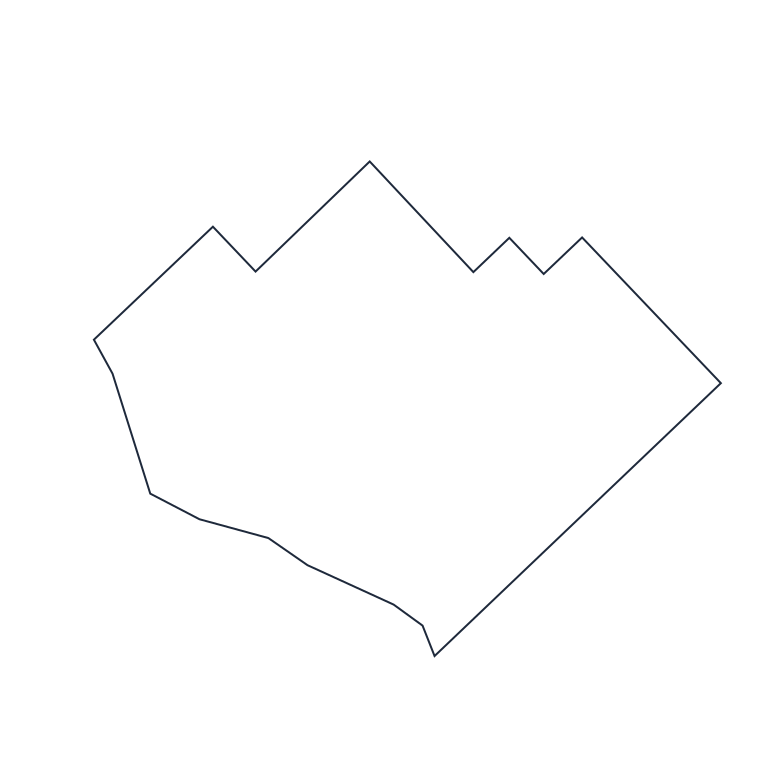 Scott, Illinois, United States of America (Robinson projection), rotated 316°
{"feature_id": "52423323B93785778655007", "entity_name": "Scott", "entity_type": "district", "adm_level": 2, "iso_a3": "USA", "parent_name": "United States of America", "parent_adm1": "Illinois", "projection": "robinson", "projection_center": [-90.501, 39.655], "detail": "fine", "context": "isolated", "style": "outline", "palette": "slate", "viewbox_px": 768, "rotation_deg": 316, "n_neighbors": 0, "source": "geoboundaries", "source_scale": "gbopen_adm2", "svg_char_len": 382}
<svg xmlns="http://www.w3.org/2000/svg" viewBox="0 0 768 768"><g transform="rotate(316 384 384)"><path d="M206.1,150.6L195.9,188.0L139.7,300.5L157.3,353.1L193.8,414.5L203.1,461.2L237.7,549.4L243.9,584.6L231.4,614.8L626.9,617.4L628.3,416.2L575.3,415.8L575.7,365.9L526.0,365.6L528.3,214.0L369.7,213.9L370.2,152.0L206.1,150.6Z" fill="none" stroke="#1e293b" stroke-width="2"/></g></svg>